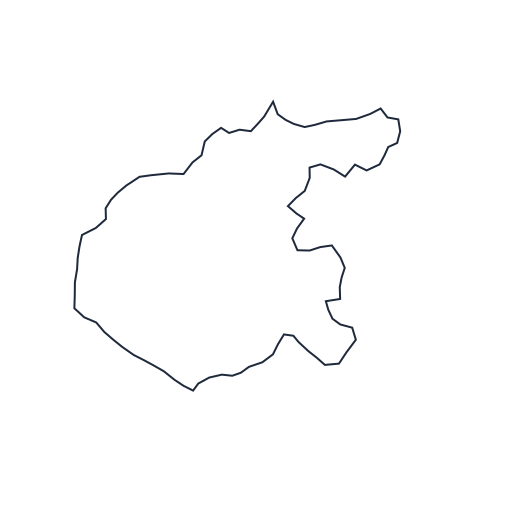 São Joaquim de Bicas, Minas Gerais, Brazil (orthographic projection), rotated 65°
{"feature_id": "56859067B78639021330864", "entity_name": "São Joaquim de Bicas", "entity_type": "district", "adm_level": 2, "iso_a3": "BRA", "parent_name": "Brazil", "parent_adm1": "Minas Gerais", "projection": "orthographic", "projection_center": [-44.248, -20.062], "detail": "fine", "context": "isolated", "style": "outline", "palette": "slate", "viewbox_px": 512, "rotation_deg": 65, "n_neighbors": 0, "source": "geoboundaries", "source_scale": "gbopen_adm2", "svg_char_len": 1404}
<svg xmlns="http://www.w3.org/2000/svg" viewBox="0 0 512 512"><g transform="rotate(65 256 256)"><path d="M175.0,80.7L175.5,92.7L174.1,107.3L169.6,119.6L163.9,135.1L162.0,147.4L159.7,157.4L152.3,165.9L145.2,171.6L136.7,176.4L123.4,175.3L133.1,189.7L136.7,197.9L140.7,207.9L134.6,217.5L133.1,228.4L125.1,233.5L127.0,244.0L130.5,254.0L141.7,262.8L144.3,273.9L151.1,287.0L144.3,300.2L138.5,316.8L135.0,328.1L137.3,343.7L140.2,354.6L143.8,363.7L149.2,372.1L159.1,376.4L162.9,389.3L163.4,404.8L172.7,411.9L182.4,418.4L192.3,423.7L203.4,431.3L215.3,437.0L226.6,442.7L239.0,437.6L248.7,428.9L260.7,425.6L271.4,420.8L282.0,415.6L294.1,408.6L303.3,401.4L311.4,395.4L321.6,388.2L333.9,382.1L343.2,376.4L351.4,369.9L347.2,362.2L346.4,349.8L349.1,337.1L354.5,328.1L355.4,319.1L353.5,309.3L355.0,295.1L352.3,282.2L345.2,273.3L338.9,263.8L344.1,255.8L351.9,253.8L364.2,248.8L373.9,243.9L383.8,239.6L388.6,226.3L381.5,214.7L374.1,200.9L361.6,199.1L353.7,208.5L345.2,213.2L335.3,213.2L326.5,211.8L330.5,197.9L319.7,193.3L311.8,187.6L304.3,180.6L293.1,180.1L278.5,182.8L275.1,193.9L273.7,205.1L268.3,216.0L255.3,215.6L248.4,207.2L242.5,196.6L234.5,201.4L224.3,206.0L220.3,195.4L217.6,184.3L207.9,174.3L198.5,170.1L200.2,158.9L210.5,148.9L221.7,141.7L215.0,127.7L225.2,119.6L225.2,105.2L218.6,96.4L213.1,90.1L213.2,80.3L203.9,72.6L192.3,69.3L186.0,78.3L175.0,80.7Z" fill="none" stroke="#1e293b" stroke-width="2"/></g></svg>